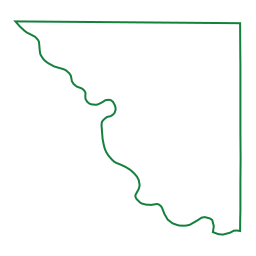 the district of Platte, Missouri, United States of America
{"feature_id": "52423323B635722871414", "entity_name": "Platte", "entity_type": "district", "adm_level": 2, "iso_a3": "USA", "parent_name": "United States of America", "parent_adm1": "Missouri", "projection": "natural_earth1", "projection_center": [-94.851, 39.343], "detail": "fine", "context": "isolated", "style": "outline", "palette": "green", "viewbox_px": 256, "rotation_deg": 0, "n_neighbors": 0, "source": "geoboundaries", "source_scale": "gbopen_adm2", "svg_char_len": 1525}
<svg xmlns="http://www.w3.org/2000/svg" viewBox="0 0 256 256"><path d="M240.1,23.2L15.4,21.4L19.9,26.5L24.4,30.7L26.8,32.5L34.8,36.6L36.2,37.9L38.1,40.1L38.8,41.5L39.1,43.2L39.8,51.1L40.3,54.1L41.0,55.5L43.2,58.9L44.6,60.4L46.5,62.0L48.7,63.5L54.3,66.5L63.3,69.1L65.8,70.2L69.4,73.4L70.9,75.8L71.9,81.2L73.6,84.0L75.4,85.5L76.6,86.5L81.7,88.4L83.3,89.6L84.8,91.3L85.5,93.0L85.3,96.3L85.5,98.6L85.8,99.6L87.4,102.0L88.5,102.9L89.3,103.5L89.6,103.7L91.2,104.3L95.9,104.8L97.6,104.5L99.1,103.8L102.0,102.4L105.4,100.2L108.5,99.8L109.9,99.9L111.2,100.4L113.0,101.9L114.8,105.2L115.5,107.5L115.6,109.8L114.6,112.8L112.9,114.7L110.3,116.3L107.7,116.8L106.7,117.2L105.1,118.4L103.0,120.4L102.0,121.8L101.8,122.8L101.7,123.3L101.5,125.1L102.6,139.0L103.3,142.5L103.9,145.5L104.8,148.7L106.2,152.1L108.4,155.5L112.1,159.8L114.1,161.6L116.0,162.8L120.8,164.7L125.5,166.9L130.3,169.9L134.1,173.3L137.0,176.7L138.8,180.3L139.6,184.9L139.4,186.8L138.6,189.2L135.5,194.9L135.4,196.7L136.1,198.3L136.9,199.4L140.4,202.8L141.8,203.5L145.9,204.6L151.3,204.9L156.8,204.0L158.4,204.3L159.4,204.9L161.1,206.3L162.1,208.0L164.4,213.9L167.7,219.6L172.5,223.3L177.2,225.0L179.6,225.6L185.4,225.7L189.6,224.9L197.6,220.3L201.7,217.6L204.8,217.1L209.8,218.4L212.2,220.0L213.0,223.0L213.8,226.2L212.9,232.1L218.1,234.1L222.9,234.6L230.1,232.7L233.8,230.7L236.9,230.5L240.1,231.0L240.2,219.7L240.4,210.6L240.4,182.2L240.5,170.4L240.6,158.1L240.4,133.5L240.4,112.4L240.4,64.7L240.3,56.7L240.1,23.2Z" fill="none" stroke="#15803d" stroke-width="2"/></svg>